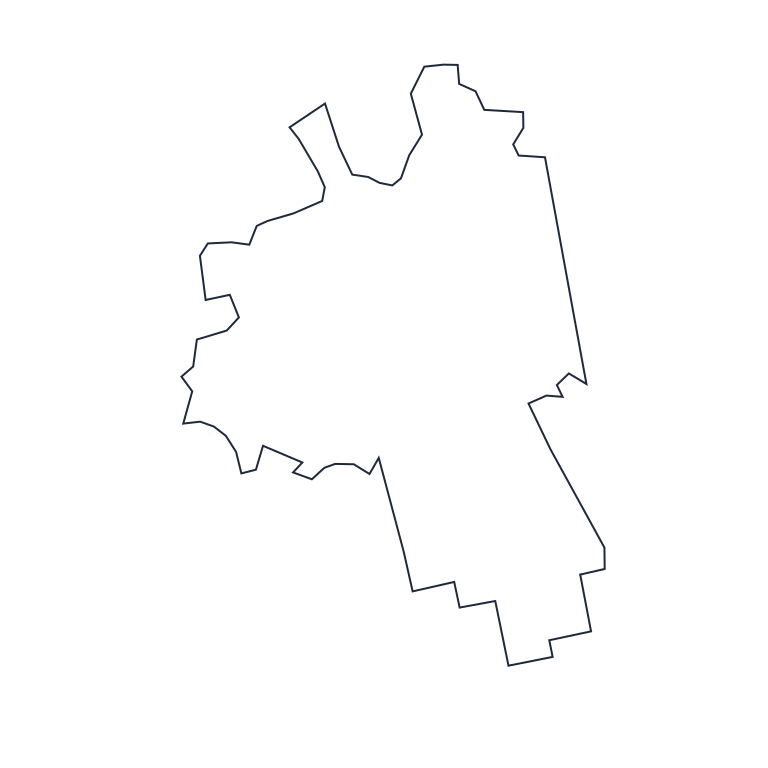 the district of Vista Alegre do Prata, Rio Grande do Sul, Brazil, rotated 78°
{"feature_id": "56859067B77404714418488", "entity_name": "Vista Alegre do Prata", "entity_type": "district", "adm_level": 2, "iso_a3": "BRA", "parent_name": "Brazil", "parent_adm1": "Rio Grande do Sul", "projection": "robinson", "projection_center": [-51.791, -28.831], "detail": "fine", "context": "isolated", "style": "outline", "palette": "slate", "viewbox_px": 768, "rotation_deg": 78, "n_neighbors": 0, "source": "geoboundaries", "source_scale": "gbopen_adm2", "svg_char_len": 1085}
<svg xmlns="http://www.w3.org/2000/svg" viewBox="0 0 768 768"><g transform="rotate(78 384 384)"><path d="M592.8,399.1L592.2,356.5L618.4,356.5L619.4,320.3L685.4,320.8L686.0,275.8L669.0,275.6L669.0,232.9L611.2,231.7L610.8,206.6L589.9,202.4L482.3,234.8L433.1,246.7L429.1,227.5L433.7,212.0L420.9,215.1L412.1,201.0L426.1,186.0L195.7,179.4L188.5,204.8L176.5,207.8L162.4,194.4L147.0,191.4L136.7,228.9L116.7,233.6L106.1,248.1L87.2,245.6L84.0,259.4L82.0,278.6L105.6,297.4L148.0,295.0L165.4,311.7L186.3,324.6L191.5,334.6L186.3,346.6L178.2,356.5L172.6,371.5L142.5,378.7L97.4,383.4L113.3,423.0L126.5,416.5L162.4,404.5L179.2,401.0L192.1,406.4L198.3,437.1L200.3,464.1L202.9,475.6L219.7,486.8L213.7,503.7L209.9,527.1L220.3,537.4L264.7,541.0L264.7,516.3L288.7,512.1L299.0,526.7L301.6,557.8L327.2,567.0L334.7,580.6L351.3,573.1L381.0,588.6L382.6,571.7L390.2,559.3L401.9,549.4L419.7,542.8L441.8,542.1L441.2,527.1L419.3,515.2L443.8,480.2L451.6,491.3L462.2,474.4L453.6,459.8L452.0,448.4L456.2,430.3L469.0,416.9L455.2,404.5L551.9,399.6L592.8,399.1Z" fill="none" stroke="#1e293b" stroke-width="2"/></g></svg>